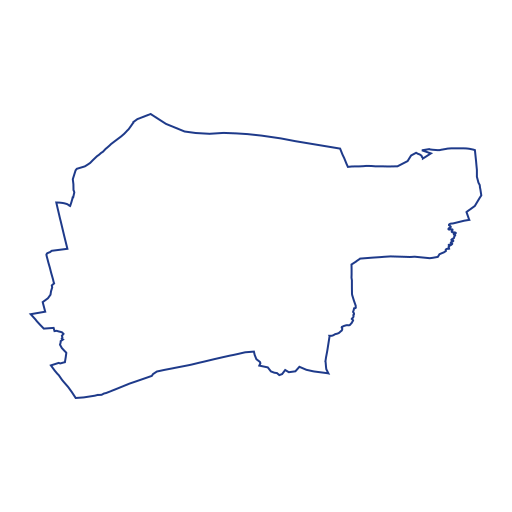 outline of Staburaga pag., Jaunjelgavas, Latvia
{"feature_id": "27541924B51848948627496", "entity_name": "Staburaga pag.", "entity_type": "district", "adm_level": 2, "iso_a3": "LVA", "parent_name": "Latvia", "parent_adm1": "Jaunjelgavas", "projection": "natural_earth1", "projection_center": [25.538, 56.541], "detail": "fine", "context": "isolated", "style": "outline", "palette": "blue", "viewbox_px": 512, "rotation_deg": 0, "n_neighbors": 0, "source": "geoboundaries", "source_scale": "gbopen_adm2", "svg_char_len": 5951}
<svg xmlns="http://www.w3.org/2000/svg" viewBox="0 0 512 512"><path d="M328.4,373.4L326.3,369.2L326.0,366.8L325.7,363.1L325.5,361.3L325.4,361.2L325.5,360.9L326.0,357.5L327.0,352.3L327.4,350.0L329.6,336.0L329.5,335.8L331.5,335.8L332.4,335.6L333.4,335.2L335.3,334.1L336.3,333.9L337.7,333.5L338.1,333.3L339.0,332.9L341.0,331.1L341.6,330.7L341.9,330.2L342.2,329.6L342.2,328.2L341.7,327.6L341.7,327.4L341.8,327.1L341.9,326.9L342.1,326.8L343.0,326.4L343.8,326.0L346.1,325.3L346.7,325.2L347.6,325.2L348.4,325.3L349.4,325.2L350.1,324.8L350.8,323.9L351.9,322.7L352.3,321.8L353.0,320.7L353.1,320.3L352.9,320.1L352.6,319.7L352.1,319.2L351.8,318.9L352.1,318.4L352.7,318.0L353.2,317.3L353.5,316.6L353.5,316.0L353.5,315.7L353.4,315.4L353.3,315.1L353.5,314.8L353.7,314.7L353.9,314.5L354.0,314.1L354.0,313.7L353.9,313.2L353.5,312.6L353.1,312.0L353.1,311.7L353.4,311.0L353.7,310.0L354.1,308.3L355.4,308.1L355.4,307.9L355.8,307.3L355.7,307.1L355.7,306.0L355.7,305.7L353.9,300.6L352.2,295.1L352.0,294.0L351.9,287.2L351.9,280.3L351.5,277.7L351.6,274.5L351.6,269.2L351.5,264.5L356.3,261.4L356.4,261.2L359.8,258.9L360.1,258.6L372.9,257.6L380.6,257.1L384.1,256.8L390.5,256.4L404.2,256.8L409.8,257.0L411.8,256.9L414.6,256.7L429.8,258.2L432.8,257.8L437.8,256.9L439.5,254.2L441.8,253.2L443.8,252.4L445.2,251.5L445.9,251.0L445.9,250.7L445.8,250.3L445.7,249.8L445.9,249.5L446.1,249.3L446.5,249.0L447.2,248.8L448.0,248.8L448.7,248.8L449.1,248.7L449.0,248.1L448.8,247.6L448.6,247.2L448.6,246.9L449.0,246.5L449.4,246.2L449.4,245.9L449.3,245.5L449.0,245.3L448.7,245.0L448.7,244.9L448.8,244.8L449.3,244.7L449.8,244.8L450.3,245.0L450.6,245.1L451.0,245.0L451.3,244.8L451.7,244.4L452.0,244.2L452.2,243.9L452.2,243.7L451.9,243.5L451.6,243.4L451.1,243.2L450.8,243.0L450.8,242.6L451.4,242.0L452.1,241.7L452.9,241.4L453.2,241.1L453.3,240.9L453.2,240.6L452.9,240.5L452.7,240.4L452.3,240.4L452.0,240.5L451.7,240.5L451.6,240.3L451.4,239.8L451.6,239.6L452.2,239.0L453.4,238.4L453.9,238.1L454.1,237.7L454.2,236.8L454.3,236.3L454.4,236.2L454.6,236.0L455.0,235.7L455.2,235.4L455.2,235.0L455.0,234.7L454.7,234.6L454.3,234.6L453.9,234.4L453.8,234.1L453.8,233.9L454.1,233.6L454.4,233.4L454.8,233.3L455.7,233.1L455.7,232.8L455.3,232.6L454.7,232.4L453.3,232.3L452.6,232.3L452.1,232.1L451.8,231.9L451.7,231.5L451.9,231.0L452.2,230.7L452.4,230.4L452.5,230.0L452.5,229.6L452.0,229.3L451.5,229.3L450.7,229.4L450.1,229.5L449.3,229.6L448.8,229.5L448.5,229.3L448.5,228.9L448.5,228.7L448.8,228.3L449.3,228.0L450.0,227.7L450.6,227.3L450.7,227.0L450.7,226.6L450.2,226.1L449.6,225.6L449.0,225.2L449.0,224.7L449.3,224.3L450.2,223.8L450.9,223.6L452.4,223.5L453.2,223.4L464.2,220.7L467.2,220.2L469.3,219.9L469.0,219.2L466.5,212.1L467.3,211.4L474.8,206.0L479.6,198.0L481.3,195.4L480.4,189.5L479.9,187.1L479.9,186.5L479.7,185.0L478.4,182.6L478.2,181.7L476.9,176.8L476.9,170.0L476.4,164.9L476.1,161.5L474.9,150.1L474.2,149.9L473.6,149.7L472.9,149.5L472.2,149.4L471.4,149.2L470.7,149.1L470.0,148.9L469.3,148.8L468.6,148.7L467.9,148.6L466.9,148.5L465.7,148.4L464.9,148.4L463.4,148.3L462.6,148.3L458.1,148.3L453.1,148.3L452.3,148.3L451.5,148.3L450.7,148.4L449.9,148.4L449.2,148.5L448.5,148.5L447.7,148.6L447.0,148.7L446.2,148.9L443.8,149.3L442.2,149.6L441.4,149.7L440.7,149.9L440.0,150.0L439.7,150.1L437.0,150.1L432.1,149.7L429.9,149.4L429.3,149.1L421.9,150.3L430.9,153.4L424.7,157.4L422.9,158.5L422.9,157.9L422.3,157.3L421.9,156.9L421.8,156.3L421.6,156.0L421.4,155.6L420.9,155.3L420.4,154.9L419.6,154.4L417.9,153.8L416.1,152.8L411.1,155.5L409.9,157.4L407.6,161.1L397.5,166.3L387.8,166.5L385.5,166.4L380.2,166.3L375.0,166.3L371.4,166.0L366.4,165.9L363.1,166.2L358.9,166.4L355.0,166.4L351.6,166.5L347.9,166.9L346.5,163.8L344.2,158.1L342.5,154.6L340.1,148.6L295.5,141.2L280.8,138.4L261.5,135.6L247.5,134.1L236.4,133.4L223.6,132.9L209.5,133.8L195.6,133.0L184.6,131.5L166.0,123.9L150.6,114.0L137.4,119.1L133.3,122.1L133.3,122.8L132.9,123.2L131.1,125.8L128.5,129.4L127.1,130.7L126.6,131.3L124.2,133.8L121.2,136.4L114.8,141.2L111.0,144.1L109.7,145.4L107.2,147.6L105.6,148.9L103.0,151.7L101.0,153.0L99.0,154.8L97.0,156.2L92.8,160.2L90.2,162.9L88.3,164.2L85.0,166.3L83.8,166.7L76.8,168.8L75.6,170.3L72.8,179.2L73.4,184.2L73.5,190.1L73.9,190.9L74.3,192.4L73.2,197.3L72.7,197.3L72.4,198.5L72.3,199.1L72.1,199.8L71.8,200.7L71.6,201.5L71.2,202.8L70.7,204.3L70.2,205.8L70.1,206.0L69.3,205.6L68.6,205.0L67.1,204.1L65.8,203.7L63.9,203.2L62.1,202.9L59.4,202.6L56.3,202.5L57.5,207.8L60.1,218.9L60.7,221.2L64.3,236.3L67.4,248.8L51.7,250.8L50.8,251.5L50.3,251.9L50.1,252.1L49.8,252.2L48.7,252.6L48.1,252.9L47.5,253.1L47.2,253.3L46.8,253.7L46.7,254.2L46.6,254.4L46.5,254.7L46.4,254.8L46.8,256.6L47.6,259.6L48.4,262.7L49.8,267.5L51.2,273.0L53.0,279.3L53.6,281.9L54.1,283.4L51.8,285.4L52.2,287.4L51.0,291.4L50.5,294.7L47.9,298.3L42.7,302.1L43.1,303.7L45.2,311.7L30.7,314.2L35.5,319.5L36.4,320.7L36.8,321.2L40.0,324.7L43.8,328.6L53.6,327.9L54.5,331.1L56.6,330.8L58.9,331.5L60.7,331.9L62.1,332.4L63.5,333.9L61.9,335.8L62.4,337.5L61.8,338.6L63.0,339.5L60.7,341.1L60.6,342.3L60.6,342.6L60.0,344.7L61.8,348.0L64.6,351.0L66.0,352.4L66.3,352.8L66.3,353.0L65.7,357.4L64.9,362.2L63.6,362.5L60.4,363.4L60.1,363.4L58.7,362.9L58.4,363.0L50.9,365.4L54.7,370.6L57.3,373.7L58.8,375.2L61.9,379.7L63.2,381.3L65.2,383.6L68.3,387.2L71.9,392.2L74.0,395.4L75.7,398.0L83.8,397.4L94.8,395.7L97.8,394.9L97.9,395.0L101.6,394.8L104.0,393.5L106.2,393.0L117.0,388.7L129.5,383.6L134.8,381.8L145.5,378.1L151.8,375.9L153.0,374.1L156.9,371.5L159.3,371.0L164.4,369.9L173.3,368.2L174.2,368.0L180.4,366.8L188.7,365.2L191.5,364.6L198.9,362.8L203.7,361.7L214.5,359.1L223.7,357.0L230.0,355.6L233.2,355.0L237.8,354.0L245.1,352.3L253.9,351.6L254.7,355.0L256.4,359.2L259.9,361.9L260.4,363.2L259.3,365.6L265.9,367.0L267.8,367.4L270.9,371.4L274.3,372.7L277.0,373.1L279.3,375.1L282.1,374.1L283.4,372.4L285.2,370.0L288.8,372.2L293.3,371.6L295.4,371.3L296.2,370.4L299.4,366.8L306.4,369.8L312.7,371.2L314.3,371.5L327.5,373.2L328.4,373.4Z" fill="none" stroke="#1e3a8a" stroke-width="2"/></svg>